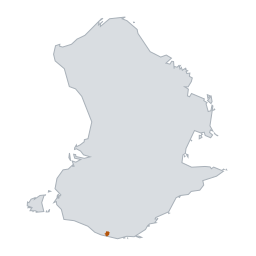 Bellingen, New South Wales, Australia shown in context, rotated 91°
{"feature_id": "25037944B1782787006296", "entity_name": "Bellingen", "entity_type": "district", "adm_level": 2, "iso_a3": "AUS", "parent_name": "Australia", "parent_adm1": "New South Wales", "projection": "albers", "projection_center": [152.743, -30.374], "detail": "fine", "context": "in_parent", "style": "filled", "palette": "amber", "viewbox_px": 256, "rotation_deg": 91, "n_neighbors": 0, "source": "geoboundaries", "source_scale": "gbopen_adm2", "svg_char_len": 4377}
<svg xmlns="http://www.w3.org/2000/svg" viewBox="0 0 256 256"><g transform="rotate(91 128 128)"><path d="M174.6,38.6L179.3,52.3L183.7,51.3L188.9,55.1L190.3,63.7L193.4,66.5L194.6,74.6L196.9,78.7L211.1,85.9L217.0,98.7L218.5,99.4L218.7,97.0L221.7,99.3L222.2,98.2L223.5,104.7L225.3,106.7L229.1,108.7L236.6,119.9L236.3,127.4L238.9,136.4L235.3,153.2L232.8,159.4L226.9,166.4L221.6,180.2L220.5,190.5L210.6,193.2L205.9,197.9L202.8,198.4L203.9,200.9L198.8,197.5L199.5,196.6L199.1,195.7L198.2,195.8L196.7,197.4L195.5,196.6L197.3,194.9L196.1,193.9L190.0,199.9L179.6,198.1L171.0,192.2L170.1,187.0L165.8,182.6L167.4,182.6L167.2,181.2L161.9,183.3L163.1,179.6L160.3,174.7L159.1,180.8L155.2,181.9L155.5,179.9L157.4,179.6L159.1,171.2L157.5,165.3L155.6,172.0L151.9,175.0L149.7,179.2L150.4,181.1L148.8,181.0L145.8,179.3L147.5,179.0L145.7,175.5L142.6,171.6L140.4,171.4L139.4,167.8L122.5,164.3L97.1,174.8L89.8,181.1L87.6,187.4L69.8,192.7L62.2,202.0L55.6,203.7L47.0,201.9L45.5,197.6L47.5,197.8L48.2,194.7L45.3,186.0L40.0,180.5L36.1,172.7L21.5,158.7L25.5,159.3L21.7,154.9L24.2,157.4L27.0,157.4L19.1,148.3L17.1,132.6L18.9,135.8L20.7,131.0L29.3,120.6L33.3,119.7L51.3,107.2L56.5,96.5L54.4,91.0L57.4,85.8L62.5,91.2L63.4,87.2L60.5,85.4L60.8,83.6L67.9,82.9L65.6,82.9L66.4,80.0L64.6,78.2L68.2,77.0L66.5,75.7L69.4,74.7L67.8,72.6L69.8,69.3L70.4,70.9L72.5,70.1L72.0,67.1L75.3,67.5L76.8,64.6L80.5,65.5L85.8,68.6L85.8,72.1L88.1,68.3L94.8,69.1L95.7,67.0L92.4,65.1L97.6,52.2L99.3,52.7L101.3,49.4L102.4,50.4L110.1,48.1L109.3,45.4L103.7,44.4L104.5,43.5L124.4,46.1L129.6,43.1L128.5,45.5L131.0,46.4L133.5,43.3L136.3,45.2L134.1,50.7L130.9,51.7L131.6,55.3L129.4,61.5L147.6,69.7L152.3,70.2L154.0,72.6L161.7,73.5L166.1,63.7L165.1,50.3L165.5,45.2L167.3,43.9L165.6,41.7L169.5,31.8L174.6,38.6ZM196.5,210.6L204.1,213.0L213.0,210.7L213.9,218.8L213.2,217.4L212.4,219.2L212.4,224.5L209.2,222.5L207.5,227.4L203.7,227.2L204.4,225.8L200.9,223.7L199.3,219.7L200.9,220.3L197.0,214.8L196.5,210.6ZM94.8,45.4L100.2,44.4L102.1,45.5L99.1,49.0L94.8,45.4ZM154.0,186.1L161.8,184.8L158.7,186.6L154.0,186.1ZM136.1,53.9L137.6,56.6L134.1,56.6L134.4,54.5L136.1,53.9ZM236.1,118.6L235.9,115.2L237.1,112.4L237.6,114.4L236.1,118.6ZM210.6,204.9L213.1,205.5L213.3,206.6L210.6,204.9ZM94.4,46.4L96.8,48.7L93.3,49.3L94.4,46.4ZM193.4,206.5L192.0,206.3L192.6,204.3L193.4,206.5ZM156.1,67.5L154.6,68.5L153.1,69.2L153.7,67.5L156.1,67.5ZM21.2,158.0L19.5,156.9L18.9,155.5L19.1,155.3L21.2,158.0ZM212.8,207.8L213.8,208.5L211.9,207.9L212.8,207.8ZM224.6,105.2L225.8,105.1L225.8,106.6L224.6,105.2ZM195.0,74.5L196.5,75.3L196.2,75.8L195.0,74.5ZM209.3,225.4L209.5,226.7L208.5,226.3L209.3,225.4ZM238.0,128.7L238.1,130.5L237.9,130.5L238.0,128.7ZM108.6,42.7L107.5,42.1L108.1,41.6L108.6,42.7ZM134.1,38.7L133.0,40.3L134.2,37.7L134.1,38.7ZM238.2,126.4L237.6,127.0L238.0,126.4L238.2,126.4ZM139.7,64.4L139.0,64.8L139.3,64.1L139.7,64.4ZM133.4,54.2L132.5,54.5L132.9,53.5L133.4,54.2ZM22.3,123.0L22.5,124.2L22.1,124.3L22.3,123.0ZM167.8,31.2L167.8,32.2L167.4,31.6L167.8,31.2ZM198.2,196.2L198.5,196.8L198.2,196.7L198.2,196.2ZM132.7,40.8L131.0,42.0L132.7,40.5L132.7,40.8ZM67.6,71.2L67.1,72.0L67.3,71.2L67.6,71.2ZM209.7,224.4L209.3,224.7L209.5,224.2L209.7,224.4ZM155.7,71.0L154.8,71.1L155.2,70.4L155.7,71.0ZM65.4,77.2L65.0,77.6L64.7,76.8L65.4,77.2ZM213.2,221.5L212.5,221.9L212.7,221.1L213.2,221.5ZM168.2,28.6L168.1,29.3L167.6,29.0L168.2,28.6ZM197.9,197.1L198.6,197.7L197.5,197.6L197.9,197.1ZM212.8,85.8L212.2,85.9L212.4,85.1L212.8,85.8ZM218.2,96.9L217.9,97.0L218.1,96.3L218.2,96.9ZM196.7,209.5L196.6,210.1L196.3,209.4L196.7,209.5Z" fill="#d9dde1" stroke="#a8b0b8" stroke-width="1"/><path d="M232.5,147.5L233.0,147.6L233.6,147.8L233.8,147.8L233.8,147.7L233.9,147.8L233.9,147.7L234.1,147.7L234.5,147.7L234.5,147.8L234.6,147.7L234.8,147.7L234.8,147.8L234.9,147.7L234.9,147.8L235.0,147.8L235.3,147.9L235.6,147.9L235.7,147.7L235.8,147.6L235.8,147.4L235.9,147.2L235.6,146.9L235.4,146.9L235.4,146.6L235.2,146.5L234.9,146.5L234.9,146.4L234.7,146.4L234.7,146.2L234.8,146.1L234.8,145.9L234.7,145.9L234.6,145.7L234.4,145.6L234.0,145.6L234.0,145.8L233.9,145.9L233.9,146.0L233.7,146.0L233.4,146.0L233.4,145.9L233.4,146.0L233.3,145.9L233.3,146.0L233.2,146.0L233.3,146.1L233.2,146.2L233.3,146.2L233.2,146.2L233.2,146.3L233.0,146.5L232.9,146.5L232.8,146.8L232.7,146.9L232.6,147.0L232.4,147.1L232.4,147.3L232.5,147.4L232.5,147.5L232.5,147.5Z" fill="#f59e0b" stroke="#b45309" stroke-width="1.5"/></g></svg>